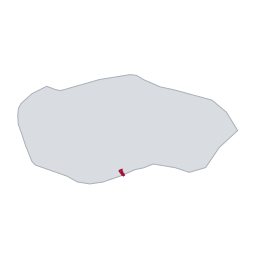 13, Ad Dawhah, Qatar (highlighted), rotated 86°
{"feature_id": "91078587B12401503508412", "entity_name": "13", "entity_type": "district", "adm_level": 2, "iso_a3": "QAT", "parent_name": "Qatar", "parent_adm1": "Ad Dawhah", "projection": "orthographic", "projection_center": [51.541, 25.292], "detail": "fine", "context": "in_parent", "style": "filled", "palette": "rose", "viewbox_px": 256, "rotation_deg": 86, "n_neighbors": 0, "source": "geoboundaries", "source_scale": "gbopen_adm2", "svg_char_len": 1532}
<svg xmlns="http://www.w3.org/2000/svg" viewBox="0 0 256 256"><g transform="rotate(86 128 128)"><path d="M138.5,231.4L127.2,234.2L116.6,237.2L107.8,237.1L100.7,235.9L96.0,232.9L87.0,221.3L80.7,206.2L84.6,197.8L86.0,192.5L77.6,152.8L74.9,122.2L76.0,116.0L81.0,108.8L89.2,93.0L93.7,77.7L106.1,42.3L119.1,28.7L138.2,18.8L153.8,38.4L172.9,53.3L176.5,70.0L170.9,83.6L165.7,105.3L168.8,115.2L170.0,123.8L175.2,138.3L180.2,157.1L181.1,170.2L178.3,182.3L171.7,192.4L158.5,223.0L154.6,226.2L138.5,231.4Z" fill="#d9dde1" stroke="#a8b0b8" stroke-width="1"/><path d="M169.3,138.1L169.5,138.7L169.8,139.3L170.2,139.7L171.7,138.8L172.4,138.3L173.0,138.0L173.7,137.5L173.6,137.4L173.4,137.3L173.4,137.2L173.6,137.1L173.8,137.1L173.7,137.0L173.5,136.8L173.7,136.6L173.8,136.6L174.0,136.6L173.9,136.5L174.0,136.4L174.3,137.0L174.5,136.9L173.9,135.5L174.3,135.3L174.5,135.3L174.8,136.0L175.2,135.8L174.8,135.1L173.8,135.5L173.7,135.5L174.0,136.2L173.5,136.5L173.4,136.3L173.3,136.0L173.2,136.1L173.2,136.4L173.2,136.5L172.9,136.5L172.9,136.4L172.8,136.2L172.7,136.2L172.7,136.3L172.4,136.4L172.5,136.5L172.5,136.4L172.8,136.4L172.9,136.5L172.9,136.8L172.7,136.9L172.4,136.9L172.4,137.2L172.3,137.3L172.2,137.3L171.8,137.3L171.8,137.2L172.0,137.1L172.0,136.9L171.9,136.8L171.5,136.8L171.4,136.8L171.4,137.0L171.4,136.9L171.4,137.0L171.5,137.0L171.5,136.8L171.8,136.9L171.8,137.0L171.7,137.0L171.8,137.2L171.7,137.3L171.3,137.2L171.1,137.2L170.9,137.0L169.0,137.0L169.2,137.8L169.3,138.1Z" fill="#f43f5e" stroke="#9f1239" stroke-width="1.5"/></g></svg>